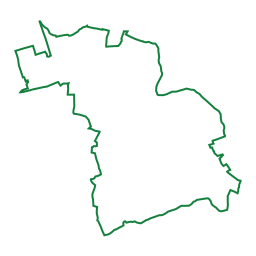 Boianu Mare, Bihor, Romania (Albers equal-area conic projection)
{"feature_id": "2599482B10353811537276", "entity_name": "Boianu Mare", "entity_type": "district", "adm_level": 2, "iso_a3": "ROU", "parent_name": "Romania", "parent_adm1": "Bihor", "projection": "albers", "projection_center": [22.513, 47.387], "detail": "fine", "context": "isolated", "style": "outline", "palette": "green", "viewbox_px": 256, "rotation_deg": 0, "n_neighbors": 0, "source": "geoboundaries", "source_scale": "gbopen_adm2", "svg_char_len": 5643}
<svg xmlns="http://www.w3.org/2000/svg" viewBox="0 0 256 256"><path d="M227.9,205.6L227.7,200.6L227.8,198.8L227.7,197.7L227.6,196.9L227.9,195.8L229.8,191.4L230.4,190.1L233.1,191.1L236.0,192.4L236.7,192.9L237.5,193.3L238.0,191.9L238.2,190.3L238.4,188.4L239.1,187.1L239.1,185.0L239.7,183.2L240.6,181.3L240.5,180.7L239.7,180.5L238.1,180.2L233.4,176.7L227.8,172.5L227.1,171.7L227.6,171.3L228.8,170.5L230.2,169.9L228.7,167.4L226.4,164.2L223.5,166.0L221.6,163.9L220.1,160.4L220.2,158.3L219.9,158.3L220.4,157.6L221.8,156.5L221.5,155.6L222.9,155.1L222.5,154.4L217.5,156.0L216.1,154.6L214.3,153.0L214.1,151.3L213.5,151.1L212.4,148.6L212.2,147.5L211.2,147.5L210.5,147.7L209.3,144.9L211.8,144.2L213.5,143.6L213.2,143.1L213.0,142.5L212.6,141.1L212.6,140.7L216.3,139.6L221.5,137.6L224.9,136.4L225.1,135.8L224.3,134.3L224.0,133.2L223.8,131.6L223.7,130.3L224.1,129.2L224.3,128.0L224.2,126.4L223.8,125.1L223.2,124.0L221.8,122.6L221.3,121.5L221.2,120.4L220.8,118.5L220.8,116.8L220.6,114.1L220.1,113.5L219.5,112.2L218.8,111.1L218.4,110.7L217.5,110.4L216.5,109.5L214.9,108.6L213.4,107.1L211.4,105.2L209.5,103.5L205.7,100.1L203.4,98.1L201.6,96.5L200.6,95.2L199.7,94.2L198.7,93.4L197.8,93.0L196.6,92.3L195.6,91.4L194.6,90.4L193.8,89.9L193.1,89.8L192.0,89.8L190.7,89.6L187.6,88.8L186.2,88.6L184.6,89.2L182.2,89.9L180.0,90.5L176.5,91.6L174.8,91.7L173.0,91.7L172.1,91.7L170.9,92.3L169.3,93.0L168.1,93.5L167.1,94.1L165.7,94.5L163.1,95.2L161.6,95.1L159.9,95.1L158.8,95.1L157.6,94.8L157.2,93.8L156.9,92.8L156.1,90.9L156.2,89.6L156.3,88.0L156.3,86.9L157.6,83.4L160.3,78.4L161.9,75.3L162.2,73.5L161.3,71.2L160.9,67.3L160.6,66.0L159.9,64.7L159.1,63.3L158.9,62.0L158.6,60.8L158.7,59.5L159.1,57.9L159.2,57.1L159.0,55.9L158.6,52.6L158.4,51.2L158.3,50.5L158.3,50.1L158.4,49.5L158.4,48.4L157.6,46.8L157.2,46.2L156.7,45.4L156.0,44.2L155.6,43.9L155.4,43.8L155.3,43.6L152.8,43.5L151.5,43.1L150.9,42.9L150.0,42.4L149.4,42.1L148.7,41.9L148.2,41.9L147.7,42.0L146.6,42.3L146.0,42.3L145.1,42.1L144.5,42.1L144.0,41.9L143.6,41.8L143.3,41.5L142.9,41.4L142.3,41.2L141.9,41.3L135.6,39.1L130.8,37.0L125.8,34.4L127.6,31.4L123.9,31.3L123.5,32.8L122.5,35.5L121.8,37.4L121.5,38.2L121.4,39.0L121.8,39.7L121.7,40.4L121.5,41.4L120.8,42.3L120.4,43.4L119.9,44.2L119.2,44.8L118.3,46.0L117.5,46.0L113.2,46.2L108.3,46.5L106.3,46.7L106.1,45.7L106.2,44.9L106.4,43.0L106.5,40.8L106.7,38.1L106.8,37.2L107.0,36.6L107.4,35.8L107.7,35.0L108.1,33.9L108.3,33.4L108.4,33.0L108.6,31.7L108.8,30.7L102.6,29.1L102.5,29.7L100.3,29.4L97.6,28.7L94.8,28.3L93.4,28.1L90.3,27.4L88.1,26.9L87.1,26.5L87.1,25.8L85.6,26.6L85.1,26.8L83.7,27.1L83.0,27.4L82.5,27.6L81.7,28.3L81.0,28.8L79.5,29.5L78.7,30.4L78.4,31.0L78.0,31.5L76.5,32.4L74.4,33.7L73.5,34.4L71.8,35.1L70.9,35.4L69.8,35.8L68.9,35.6L68.2,34.9L67.1,34.7L65.7,35.0L63.2,35.3L60.3,35.9L58.1,36.4L56.3,36.8L55.9,35.7L55.7,35.5L53.8,35.4L52.8,35.0L51.1,34.3L49.3,32.8L49.1,31.8L47.9,29.5L46.8,28.4L45.5,27.7L44.8,27.2L43.5,26.0L42.5,25.1L41.3,23.5L40.7,22.2L39.3,20.7L43.5,33.0L45.8,39.2L50.8,55.6L49.9,55.8L49.6,56.3L49.3,56.6L48.9,56.7L48.0,56.7L47.4,56.6L47.1,56.4L47.0,55.4L46.8,54.5L46.6,53.8L46.1,53.3L45.6,52.7L45.2,51.7L39.5,53.5L35.6,54.8L35.1,52.9L34.6,51.0L33.9,48.8L33.5,47.7L33.5,47.3L33.3,46.6L32.9,45.8L24.0,48.3L15.4,50.9L17.1,55.7L17.7,57.9L18.2,59.7L18.5,62.4L18.9,65.5L20.9,71.3L22.9,77.4L23.8,77.1L24.1,77.2L24.4,77.5L24.8,79.0L25.8,81.6L26.0,81.5L26.7,80.9L27.2,80.3L27.6,80.3L27.6,80.6L27.8,81.1L28.0,81.6L28.2,82.0L26.5,84.3L27.0,86.1L27.8,88.4L23.9,89.5L21.8,90.5L21.1,91.3L20.4,92.3L20.8,92.3L21.2,92.2L21.6,92.1L22.0,92.1L22.8,92.0L24.7,91.6L26.8,91.0L27.8,90.8L31.0,90.0L32.5,89.5L36.7,88.6L43.1,87.2L47.2,86.5L48.5,85.9L50.7,85.0L52.1,84.4L57.2,82.3L58.1,82.0L58.6,82.8L60.5,85.6L61.6,84.7L62.3,84.1L62.8,83.8L63.3,83.6L63.8,83.5L64.5,83.5L66.5,83.6L68.6,83.2L68.5,83.5L68.4,83.7L68.3,84.0L68.1,84.8L68.0,85.6L68.0,87.0L68.2,88.4L68.2,88.9L68.1,89.5L68.1,89.8L68.0,90.4L67.9,92.1L67.8,93.1L67.7,94.1L67.7,94.7L74.1,94.7L74.3,106.5L73.5,110.3L73.3,112.4L73.8,113.7L76.6,114.1L79.9,114.7L85.8,116.6L88.5,119.7L89.4,122.3L90.9,126.6L89.8,127.5L88.8,128.5L91.7,129.0L94.3,130.4L95.7,130.9L97.4,131.2L98.9,131.4L99.7,131.8L94.9,141.1L96.9,142.5L96.8,144.0L96.9,145.9L95.3,146.3L94.0,146.1L93.6,146.1L93.2,146.6L92.8,147.2L92.0,147.3L91.6,152.5L92.5,152.7L93.9,153.1L95.0,153.3L96.1,158.2L96.8,160.5L97.8,163.2L98.6,165.4L98.7,166.7L98.9,168.1L99.4,169.3L100.1,170.6L101.0,174.4L99.4,175.2L97.6,176.0L95.3,176.5L94.3,178.4L92.6,179.0L91.0,179.2L90.8,179.7L91.0,180.2L91.3,181.0L91.7,181.8L92.4,182.8L92.7,183.1L94.0,184.2L95.2,185.2L94.5,188.5L93.6,190.7L92.4,194.0L92.5,197.2L93.0,199.3L93.4,204.2L93.4,205.9L97.1,206.9L96.8,210.4L96.7,211.8L96.9,214.2L97.3,215.5L97.8,218.1L97.3,220.4L98.2,221.1L98.6,221.8L100.0,225.0L101.2,227.8L102.0,230.1L104.4,235.3L106.2,234.8L108.0,234.5L109.6,233.7L111.6,232.4L114.2,230.0L116.3,229.3L119.1,227.7L121.6,226.5L123.5,225.4L123.4,224.0L123.3,222.7L124.0,221.7L124.6,221.4L125.5,221.4L126.3,222.6L127.6,222.4L129.1,221.9L130.8,221.7L133.0,222.0L134.1,221.5L134.8,221.4L136.7,222.5L137.6,222.7L138.8,223.0L140.9,223.3L145.5,220.6L145.8,220.2L148.1,219.6L149.8,218.6L152.8,217.5L157.1,216.0L159.4,215.2L161.3,215.2L162.4,215.0L164.7,213.9L166.5,212.8L168.0,211.6L175.8,209.1L181.3,205.8L185.1,205.8L188.3,205.7L189.1,205.7L190.6,204.7L191.8,203.8L192.7,202.8L193.5,201.7L194.8,201.4L195.4,201.0L196.9,199.9L203.1,198.9L206.0,198.5L207.8,198.3L208.9,198.8L209.7,199.8L210.5,200.8L211.0,201.9L211.3,203.0L211.5,203.8L212.5,205.1L213.4,205.8L214.4,206.5L215.3,207.1L216.3,207.8L217.7,209.4L219.5,211.0L221.6,211.3L226.7,210.0L227.2,209.8L227.7,206.3L227.9,205.6Z" fill="none" stroke="#15803d" stroke-width="2"/></svg>